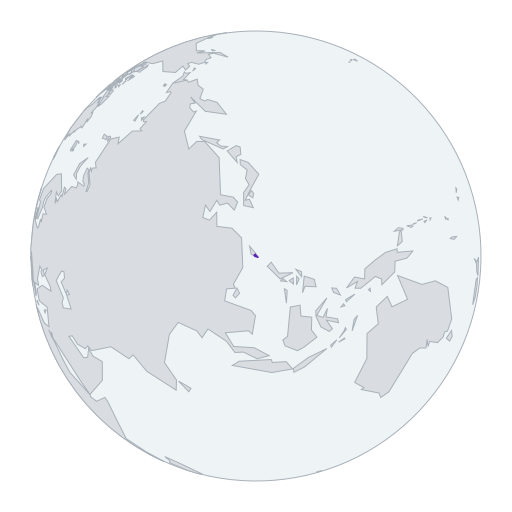 the Earth from above Pingtung, rotated 313°
{"feature_id": "TWN-1158", "entity_name": "Pingtung", "entity_type": "County", "adm_level": 1, "iso_a3": "TWN", "parent_name": "Taiwan", "parent_adm1": "", "projection": "orthographic", "projection_center": [120.7, 22.396], "detail": "fine", "context": "on_globe", "style": "filled", "palette": "violet", "viewbox_px": 512, "rotation_deg": 313, "n_neighbors": 0, "source": "natural_earth", "source_scale": "10m", "svg_char_len": 11239}
<svg xmlns="http://www.w3.org/2000/svg" viewBox="0 0 512 512"><g transform="rotate(313 256 256)"><circle cx="256" cy="256" r="225" fill="#eef3f6" stroke="#a8b0b8"/><path d="M442.1,355.8L441.9,357.1L441.7,357.4L442.1,355.8ZM399.6,82.4L392.6,76.9L392.9,77.1L399.6,82.4ZM392.2,76.5L388.3,73.7L387.5,73.5L388.1,74.3L370.8,67.2L365.5,72.4L371.4,79.0L364.2,74.3L380.4,91.0L382.4,100.0L375.5,86.9L371.2,83.6L370.3,87.9L365.7,85.5L362.6,86.4L357.2,83.3L353.6,76.7L350.0,74.8L349.6,78.1L343.9,77.6L345.1,73.0L335.3,71.9L327.4,62.1L335.1,54.8L326.2,49.3L322.0,42.3L317.8,41.4L313.5,39.2L307.1,37.5L308.1,37.3L302.1,36.3L302.4,36.9L299.8,36.8L296.0,36.1L296.7,35.4L298.7,35.7L296.9,35.2L298.9,35.3L295.8,34.9L297.1,34.6L290.2,33.9L286.6,33.0L288.9,33.2L295.9,34.3L304.3,36.0L320.0,40.0L335.4,45.2L350.4,51.5L364.9,58.8L378.9,67.2L392.2,76.5ZM467.8,197.5L465.9,193.0L467.4,194.2L467.8,197.5ZM464.6,191.5L465.3,192.8L464.7,191.9L464.6,191.5ZM464.0,191.7L464.4,191.6L464.1,192.2L464.0,191.7ZM463.4,192.6L463.6,191.9L463.7,192.2L463.4,192.6ZM461.8,192.4L461.3,192.3L461.3,191.1L461.8,192.4ZM389.1,75.3L387.9,73.9L390.4,75.2L391.9,76.6L389.1,75.3ZM383.7,73.8L381.9,72.1L387.3,75.1L386.6,75.1L383.7,73.8ZM376.6,84.7L376.6,82.4L378.2,85.6L376.6,84.7ZM363.1,87.1L364.6,88.6L362.3,88.5L363.1,87.1ZM352.0,83.9L348.0,83.6L351.5,82.7L352.0,83.9ZM298.8,34.8L297.4,34.6L296.5,34.4L298.8,34.8ZM345.2,82.7L335.5,82.6L337.9,85.8L325.5,77.3L337.9,79.8L341.8,78.0L342.1,80.6L345.2,82.7ZM304.1,37.4L303.6,36.8L307.5,38.1L304.1,37.4ZM307.2,38.3L322.7,43.7L321.5,44.8L316.5,42.5L317.8,44.9L309.6,42.7L307.0,40.9L309.4,40.5L304.5,40.1L307.2,38.3ZM320.2,73.0L317.4,72.2L319.7,71.8L320.2,73.0ZM299.1,36.8L302.3,37.6L301.5,38.5L294.9,37.1L297.3,37.2L299.1,36.8ZM322.1,46.8L320.4,47.5L313.2,45.8L311.5,45.9L309.3,42.7L322.1,46.8ZM295.5,36.7L291.5,36.5L288.5,35.5L295.8,36.2L295.5,36.7ZM304.1,39.4L303.4,39.9L301.6,39.1L304.1,39.4ZM275.4,32.8L279.3,33.3L279.2,33.7L275.4,32.8ZM290.2,36.5L291.3,36.8L291.7,37.2L288.5,36.9L290.2,36.5ZM304.4,42.0L301.8,41.3L304.9,43.1L299.7,42.3L299.1,40.5L297.2,40.9L295.6,40.7L296.9,39.5L304.4,42.0ZM286.4,37.8L283.9,35.8L276.7,34.5L276.6,34.0L288.2,36.2L286.4,37.8ZM292.5,38.8L288.7,38.0L290.5,37.6L294.1,37.9L292.5,38.8ZM296.4,42.5L304.5,44.2L304.4,44.6L296.4,42.5ZM284.0,37.4L284.7,38.0L283.3,37.4L284.0,37.4ZM292.2,40.9L295.1,41.4L294.8,41.8L292.2,40.9ZM283.6,38.8L282.7,38.1L285.2,38.1L283.6,38.8ZM287.2,39.8L286.2,40.3L286.6,38.6L288.6,39.9L287.2,39.8ZM291.5,41.2L292.3,41.6L290.3,41.0L291.5,41.2ZM274.7,39.2L274.6,37.1L280.0,37.2L279.4,39.1L274.7,39.2ZM70.4,128.3L65.4,136.1L69.1,131.6L62.7,146.8L63.1,152.8L76.1,138.2L75.5,128.0L82.6,118.4L88.8,119.7L90.4,130.0L93.2,126.7L98.2,114.4L104.8,111.5L100.7,109.9L97.8,114.4L95.2,113.8L97.7,109.7L99.9,108.7L101.2,104.8L90.3,111.7L86.2,117.1L85.8,112.2L78.8,120.9L76.6,122.5L87.4,108.6L91.0,105.0L106.1,88.8L102.2,91.9L87.8,107.8L89.5,105.3L84.2,110.8L89.6,104.7L106.5,87.6L107.4,86.6L130.3,69.0L130.1,69.2L134.4,66.9L132.3,68.9L142.7,63.5L143.1,64.1L136.8,66.9L131.4,70.4L127.4,77.0L129.1,77.0L136.2,73.2L134.2,75.9L141.6,71.5L143.5,74.4L147.3,67.5L155.7,63.9L161.6,63.7L165.0,61.6L155.4,62.1L151.0,63.6L146.1,66.6L134.5,70.9L134.1,69.8L148.7,61.4L149.6,59.3L160.6,54.6L179.8,54.6L183.4,57.6L171.0,69.5L165.2,70.4L166.7,66.3L157.3,73.2L161.9,71.1L160.3,73.7L167.9,71.8L167.1,73.6L175.7,69.0L175.6,71.1L170.1,73.9L181.2,73.8L183.2,78.0L186.2,77.2L188.7,75.2L189.6,82.4L191.7,81.5L192.2,78.8L196.7,75.4L205.1,72.6L205.0,75.2L201.9,76.6L195.3,83.9L187.3,87.7L188.1,88.5L195.0,85.9L203.1,77.0L208.1,74.6L205.1,78.7L206.6,77.0L209.1,76.7L211.4,79.0L215.1,74.6L242.5,70.0L249.7,74.9L244.0,78.5L263.0,80.4L269.6,87.1L270.1,84.3L279.5,84.2L277.5,82.0L278.5,80.8L301.8,81.3L307.1,84.0L317.7,82.5L317.9,81.2L314.5,79.0L325.5,77.3L337.9,85.8L336.8,88.0L345.3,92.4L341.4,97.2L342.1,103.7L332.9,107.5L334.3,112.8L337.5,114.0L341.8,122.7L339.5,137.7L327.2,120.2L327.8,99.7L326.3,107.2L322.5,104.2L319.3,106.3L318.7,112.1L321.2,113.5L298.5,118.5L288.4,133.9L299.4,134.5L304.7,140.5L302.8,161.9L276.6,188.3L283.5,199.2L282.9,205.8L274.7,208.8L275.3,199.2L268.4,194.8L270.0,189.3L257.1,192.0L258.8,184.3L247.9,190.8L250.4,197.5L261.2,197.4L251.0,207.2L260.0,219.6L259.4,233.1L238.6,254.2L219.9,258.7L218.4,262.8L211.9,256.9L201.8,263.7L212.8,289.5L212.0,296.3L196.3,306.6L196.2,301.5L178.9,285.9L174.6,301.4L187.7,317.3L192.1,333.6L181.6,326.9L177.2,312.4L171.1,306.4L173.5,292.7L169.9,270.6L159.4,272.3L160.9,263.9L154.4,244.4L139.6,246.1L115.6,261.8L111.1,282.4L103.4,289.1L97.2,254.7L99.9,233.6L94.2,233.1L90.7,211.8L74.7,200.3L75.5,194.2L71.8,194.4L69.8,185.6L72.3,176.1L69.7,174.0L64.0,199.4L67.2,201.9L74.1,196.7L71.6,205.0L73.9,215.6L60.3,228.4L41.6,229.0L45.0,212.9L57.7,163.2L60.2,159.4L60.5,158.9L60.9,158.0L56.8,163.6L60.7,154.6L48.3,186.5L44.0,199.1L41.3,229.6L40.3,231.1L41.0,238.5L49.5,241.9L48.4,246.9L41.2,265.8L33.9,285.6L37.9,309.2L42.5,327.2L42.9,329.2L38.2,313.7L34.7,297.9L32.2,281.9L30.9,265.8L30.8,249.7L31.8,233.5L34.0,217.5L37.4,201.7L41.8,186.1L47.4,170.9L54.0,156.2L61.7,142.0L70.4,128.3ZM86.7,150.5L91.1,157.0L98.3,144.2L100.6,145.9L102.2,141.2L98.8,143.3L104.1,131.2L109.3,131.0L113.5,126.3L112.2,124.0L101.8,126.6L94.1,143.5L89.2,146.3L86.7,150.5ZM145.4,59.8L145.7,59.6L159.5,52.5L158.5,53.4L156.7,54.0L154.6,55.2L151.3,56.6L136.7,65.0L133.1,67.2L134.4,66.4L145.4,59.8ZM196.7,38.7L202.7,37.3L192.6,40.7L188.2,41.8L190.5,40.5L197.1,38.6L196.7,38.7ZM279.7,32.0L282.6,32.3L279.8,32.1L279.7,32.0ZM276.6,31.7L276.1,31.6L276.4,31.7L281.7,32.6L293.1,34.7L291.3,35.2L287.1,35.0L284.1,34.6L286.1,34.3L280.6,33.9L281.4,33.2L277.2,32.9L266.7,31.1L269.5,31.2L263.2,30.8L276.6,31.7ZM247.5,30.9L244.7,31.2L249.7,31.0L245.7,31.3L251.7,31.3L250.6,31.7L255.3,32.9L264.7,33.4L266.6,34.2L262.4,34.1L267.3,35.0L260.6,35.6L261.9,36.2L256.5,37.8L247.7,37.9L249.7,38.7L245.8,40.3L238.3,40.9L241.9,39.3L231.0,41.3L231.7,39.4L230.4,39.8L228.0,38.8L222.8,38.4L224.2,37.6L221.6,37.9L220.0,37.5L216.9,37.7L218.2,36.5L214.5,36.7L217.3,36.1L210.5,36.9L216.1,35.8L214.6,35.6L210.0,36.8L222.9,33.2L247.5,30.9ZM273.0,39.6L262.2,39.3L257.3,38.4L268.6,36.2L268.4,35.5L275.5,34.6L282.5,36.1L279.8,36.2L278.9,36.6L277.1,35.9L277.8,36.8L274.1,37.0L273.7,37.8L270.3,37.5L273.0,39.6ZM87.6,106.4L86.3,107.9L85.2,109.4L81.8,113.2L87.6,106.4ZM101.7,91.9L102.5,91.1L99.2,94.3L101.7,91.9ZM136.8,67.4L136.8,68.0L135.0,69.1L132.9,70.0L136.8,67.4ZM206.0,48.6L208.9,47.3L210.0,47.4L218.0,45.8L218.2,47.3L213.4,49.0L206.0,48.6ZM73.4,139.3L70.6,140.6L71.8,138.1L72.5,138.1L73.4,139.3ZM74.4,125.9L72.1,131.0L73.5,126.9L74.4,125.9ZM207.5,50.0L210.8,49.1L208.9,50.5L207.5,50.0ZM218.7,48.5L217.2,50.0L219.1,47.4L218.7,48.5ZM139.0,447.4L143.7,450.2L141.4,449.2L139.0,447.4ZM51.4,338.7L60.0,365.8L57.3,361.9L52.2,351.5L45.9,333.8L47.5,332.8L47.1,326.1L51.4,338.7ZM249.3,375.2L256.3,376.6L256.1,377.5L249.3,375.2ZM241.9,371.4L249.9,372.3L240.6,373.3L241.9,371.4ZM253.0,372.7L261.1,371.5L264.6,370.2L264.0,372.1L253.0,372.7ZM236.6,370.9L208.0,367.2L196.8,363.0L199.3,360.0L217.4,363.5L236.6,370.9ZM198.4,359.8L181.6,347.1L159.8,313.3L167.6,315.5L190.7,337.8L189.2,340.5L199.3,350.1L198.4,359.8ZM239.7,347.0L238.2,355.9L222.3,353.3L215.1,351.0L210.1,338.5L212.9,332.9L218.7,333.9L242.1,315.9L250.1,321.8L242.7,329.8L249.3,338.5L239.7,347.0ZM111.7,284.7L114.9,298.7L110.9,299.4L111.7,284.7ZM252.1,302.2L242.3,310.4L251.4,299.1L252.1,302.2ZM257.8,291.1L258.2,295.9L254.6,291.0L257.8,291.1ZM217.6,269.3L211.4,269.5L211.5,266.1L219.6,263.9L217.6,269.3ZM258.8,244.6L257.7,254.4L256.2,257.7L253.9,251.4L258.8,244.6ZM213.5,66.1L202.1,66.3L194.0,68.4L189.6,72.2L191.0,67.3L203.4,64.0L213.5,66.1ZM238.9,69.1L242.7,66.3L244.3,67.9L243.7,68.8L238.9,69.1ZM238.9,67.1L237.4,63.2L241.6,62.0L242.0,65.3L238.9,67.1ZM222.0,55.4L218.6,55.2L220.3,53.9L222.0,55.4ZM389.0,433.0L391.1,432.8L384.7,438.1L375.9,444.1L368.1,447.7L389.0,433.0ZM325.9,455.7L325.6,451.3L334.9,449.8L331.1,454.2L325.9,455.7ZM395.0,428.3L400.8,422.5L403.0,417.1L402.3,421.5L406.9,419.5L393.0,431.7L395.0,428.3ZM291.4,436.8L247.4,445.8L237.6,443.7L239.7,439.4L230.1,424.1L233.3,424.7L230.8,414.4L256.6,407.0L275.0,390.1L289.8,391.7L300.7,378.7L316.0,379.6L311.6,390.1L327.7,396.4L338.3,372.9L348.4,396.8L360.2,404.1L363.8,417.7L343.5,442.0L331.7,447.3L329.2,445.7L324.3,448.1L316.5,447.9L311.9,441.2L307.1,443.6L311.7,438.0L304.7,443.1L300.5,438.5L291.4,436.8ZM401.2,386.2L403.5,386.3L407.1,389.4L403.4,389.6L401.2,386.2ZM436.2,362.9L437.2,364.3L434.9,365.7L436.2,362.9ZM441.7,357.4L438.8,359.3L442.1,355.8L441.7,357.4ZM413.2,369.8L414.4,371.0L413.4,371.8L413.2,369.8ZM412.3,369.6L413.7,366.9L413.5,369.3L412.3,369.6ZM401.2,358.7L402.5,357.2L403.2,358.1L401.2,358.7ZM266.7,377.4L276.4,371.1L281.8,370.8L266.7,377.4ZM399.1,356.3L395.6,356.7L395.9,355.3L399.1,356.3ZM399.3,353.2L398.9,351.3L401.1,355.4L399.3,353.2ZM392.5,349.9L396.9,352.7L392.0,350.4L392.5,349.9ZM390.0,350.8L386.8,349.7L387.0,349.1L390.0,350.8ZM355.0,356.8L366.7,367.3L357.4,367.8L347.0,361.3L339.0,368.3L320.8,367.7L324.9,363.5L322.4,357.2L303.8,354.6L300.0,350.3L306.6,347.6L294.4,344.0L307.8,342.4L313.3,351.1L320.9,344.4L334.1,345.9L347.0,348.3L357.5,354.2L355.0,356.8ZM308.0,361.3L310.3,361.3L308.2,363.9L308.0,361.3ZM380.9,345.7L385.4,349.3L384.9,350.4L382.7,350.0L380.9,345.7ZM359.9,352.5L371.2,344.6L373.8,344.5L366.4,353.1L359.9,352.5ZM368.4,340.2L373.7,340.8L376.5,344.6L375.4,345.7L368.4,340.2ZM280.7,352.6L280.2,354.9L276.7,352.9L280.7,352.6ZM285.1,351.3L295.6,354.3L284.2,353.3L285.1,351.3ZM254.0,341.0L256.9,346.9L266.4,344.0L259.2,348.7L265.7,358.5L263.5,361.8L257.1,351.3L254.9,361.5L250.8,361.0L248.4,351.9L252.6,341.3L256.7,337.1L273.8,336.4L254.0,341.0ZM285.0,344.4L282.3,337.6L284.3,333.2L287.3,336.9L285.0,344.4ZM274.4,320.9L267.3,312.5L260.8,315.1L274.2,305.0L278.7,314.6L274.4,320.9ZM268.7,303.2L262.5,305.4L269.0,299.5L268.7,303.2ZM261.0,302.6L260.6,297.1L265.3,298.2L261.0,302.6ZM271.9,303.6L273.4,294.3L275.6,300.0L271.9,303.6ZM259.1,284.5L269.0,294.4L255.7,289.4L256.1,271.3L261.8,271.4L259.1,284.5ZM296.4,214.0L295.5,208.8L300.9,208.0L300.0,211.8L296.4,214.0ZM317.7,202.3L302.1,206.2L289.4,210.0L293.0,212.6L289.5,221.1L284.5,212.6L293.9,203.7L303.4,202.4L305.5,195.4L312.8,191.0L312.2,182.1L315.7,178.6L319.1,186.4L317.7,202.3ZM311.6,178.4L313.2,163.3L323.1,166.1L324.9,170.0L320.0,175.6L315.1,173.7L311.6,178.4ZM316.5,160.6L311.8,158.9L304.2,136.9L305.1,133.1L316.0,150.3L312.1,149.8L312.3,155.0L316.5,160.6ZM317.9,73.7L317.4,72.4L319.6,73.6L317.9,73.7ZM277.2,79.6L278.8,78.1L281.3,79.4L277.2,79.6ZM284.7,75.0L280.7,74.5L285.0,73.9L284.7,75.0ZM271.8,73.9L279.2,73.8L272.1,75.5L271.8,73.9Z" fill="#d9dde1" stroke="#a8b0b8" stroke-width="1"/><path d="M256.6,256.6L256.7,257.3L256.6,257.5L256.5,257.9L256.4,257.8L256.2,257.7L256.1,257.8L256.0,257.7L255.9,257.5L255.9,257.4L255.9,257.2L256.0,257.2L255.7,256.4L255.6,256.1L255.4,256.0L255.3,255.9L255.1,255.8L255.1,255.7L255.1,255.4L255.0,255.2L255.1,254.8L255.1,254.6L255.1,254.4L255.4,254.3L255.5,254.2L255.9,254.2L256.0,254.1L256.3,254.3L256.4,254.2L256.5,254.2L256.6,254.3L256.8,254.4L256.7,254.6L256.6,254.8L256.4,254.9L256.3,255.0L256.2,255.1L256.2,255.4L256.2,255.5L256.2,255.8L256.3,255.8L256.3,256.0L256.2,256.0L256.3,256.2L256.3,256.3L256.4,256.5L256.6,256.6L256.6,256.6Z" fill="#8b5cf6" stroke="#5b21b6" stroke-width="1.5"/></g></svg>